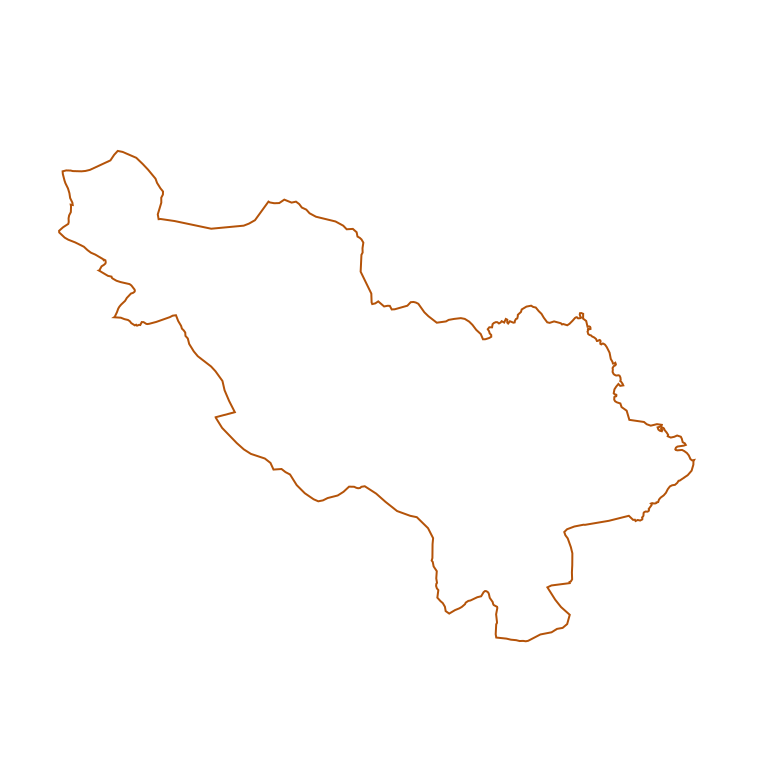 outline of Kalambo, Rukwa, United Republic of Tanzania, rotated 169°
{"feature_id": "72390352B91916326383066", "entity_name": "Kalambo", "entity_type": "district", "adm_level": 2, "iso_a3": "TZA", "parent_name": "United Republic of Tanzania", "parent_adm1": "Rukwa", "projection": "mercator", "projection_center": [31.558, -8.538], "detail": "fine", "context": "isolated", "style": "outline", "palette": "amber", "viewbox_px": 768, "rotation_deg": 169, "n_neighbors": 0, "source": "geoboundaries", "source_scale": "gbopen_adm2", "svg_char_len": 6145}
<svg xmlns="http://www.w3.org/2000/svg" viewBox="0 0 768 768"><g transform="rotate(169 384 384)"><path d="M367.9,190.2L369.8,183.2L369.9,178.7L370.8,177.8L371.4,175.8L371.1,173.3L370.0,171.3L372.4,164.1L370.0,160.1L368.1,157.7L366.7,153.7L366.8,149.3L363.8,146.2L357.4,148.5L352.9,149.4L350.2,150.3L346.5,152.4L345.5,153.8L342.6,155.0L340.5,155.0L333.1,156.9L329.1,157.1L325.9,160.7L324.3,161.5L322.9,161.0L321.5,159.5L321.1,157.8L321.0,153.9L318.9,149.2L318.9,147.5L318.5,146.1L315.5,143.7L315.5,142.5L317.9,136.5L318.5,128.8L318.7,127.9L319.7,126.7L320.3,124.3L322.1,117.1L322.2,113.7L312.4,110.7L308.2,108.8L303.1,107.3L299.9,105.8L296.5,105.3L293.9,104.4L291.5,104.4L278.3,108.3L266.9,108.3L260.9,110.6L255.2,110.5L250.0,113.4L245.7,122.0L252.8,131.3L257.1,139.6L262.4,153.2L258.1,154.3L239.7,153.1L239.7,154.2L238.3,154.5L236.6,156.4L235.5,163.2L233.8,170.1L231.4,181.9L231.7,188.2L233.1,197.4L234.8,200.9L235.3,204.3L232.0,206.5L224.3,207.8L215.0,207.8L213.6,207.4L189.4,206.8L168.8,207.9L165.4,203.1L163.6,202.9L163.2,201.5L160.9,202.1L158.6,201.1L156.3,201.8L156.0,202.9L156.1,203.8L154.9,204.6L154.4,205.4L153.8,207.8L153.1,208.5L151.6,208.9L149.6,208.4L148.4,208.9L147.8,209.9L148.0,210.8L144.5,214.0L144.1,214.9L144.7,215.7L143.5,215.9L141.9,215.2L140.3,215.0L139.3,215.2L139.1,215.8L137.4,215.8L136.1,218.1L134.1,219.7L130.7,221.3L128.0,223.4L125.5,226.6L122.9,228.9L120.5,229.6L117.6,229.5L115.0,231.0L113.3,232.8L112.3,232.7L103.2,236.6L98.6,240.2L95.7,245.8L95.0,249.1L94.1,250.2L96.1,250.2L97.5,251.8L98.4,255.7L99.8,258.4L102.0,260.8L104.0,262.4L108.7,262.9L110.2,263.6L110.5,264.3L109.6,265.8L107.9,266.6L101.5,266.3L99.4,266.6L100.0,268.3L101.9,269.9L102.1,273.4L102.7,275.6L106.1,277.5L109.1,276.8L112.7,276.7L115.5,278.6L114.8,279.9L115.8,282.4L117.3,285.2L117.6,286.8L118.2,287.6L119.3,288.2L120.6,287.1L119.6,285.7L120.3,284.6L122.3,285.6L123.4,287.0L123.7,289.2L119.8,289.5L119.1,290.9L123.7,292.5L130.1,292.2L133.8,294.4L136.0,297.1L150.0,302.0L150.9,311.5L155.2,316.0L155.7,319.8L158.8,321.5L160.4,322.9L161.0,324.7L160.4,327.2L160.1,327.5L158.4,327.7L158.0,328.6L158.0,329.1L159.6,330.0L160.3,331.0L158.8,334.8L156.6,337.1L153.9,339.3L152.5,337.1L149.4,337.0L149.8,338.8L150.9,341.2L151.5,341.8L150.8,343.2L150.7,345.4L151.2,347.2L152.0,347.8L154.5,348.0L156.0,349.1L156.8,350.2L157.3,352.2L156.6,354.6L156.6,356.0L155.1,357.7L153.3,358.2L152.6,359.1L152.9,360.7L154.0,360.2L155.4,360.4L155.5,362.1L156.6,365.3L156.6,371.7L158.3,377.7L159.5,380.4L161.0,381.8L161.7,382.0L163.1,381.4L163.9,382.0L163.9,383.1L163.2,384.7L163.4,385.6L164.1,386.1L166.0,385.5L166.8,385.6L167.3,387.8L168.8,389.6L170.7,391.0L171.5,392.2L172.9,392.9L174.0,394.1L174.2,396.7L173.6,397.3L173.4,398.9L173.1,399.3L171.8,398.5L170.8,398.6L170.6,400.0L170.8,400.8L171.8,401.5L173.3,401.5L173.5,407.3L176.1,410.2L175.1,414.9L176.8,416.0L178.1,416.1L178.6,414.8L178.4,412.9L177.8,411.5L178.6,411.2L180.3,411.3L181.1,411.5L182.0,412.8L183.1,412.7L184.0,412.3L186.7,410.2L190.4,407.7L192.9,406.7L196.7,408.7L197.9,408.5L198.8,409.9L205.1,413.0L209.7,412.4L212.0,413.4L214.5,418.6L216.0,422.8L218.2,426.0L220.4,430.1L222.9,431.2L224.6,432.8L229.4,432.8L234.6,430.9L235.8,428.6L239.4,426.4L239.8,424.8L240.7,422.9L242.1,422.6L243.4,421.1L244.0,419.5L245.3,419.5L248.4,421.6L250.6,419.7L251.3,420.8L250.7,423.6L252.0,424.6L254.3,421.4L256.5,423.2L257.8,422.1L259.6,421.5L260.9,423.0L262.4,423.4L264.6,422.9L266.0,422.0L267.1,419.0L269.8,419.6L271.7,418.0L270.8,415.8L270.6,413.5L269.4,411.7L269.7,409.9L271.9,409.1L275.9,408.6L278.3,409.0L279.5,414.6L283.1,419.5L285.9,425.2L288.5,429.0L292.3,432.5L296.0,434.0L302.6,434.5L308.3,434.6L311.2,433.6L320.5,434.1L327.5,442.1L330.7,446.7L335.0,456.2L337.2,457.9L339.4,458.9L342.2,459.2L346.1,456.4L359.2,455.3L362.2,455.7L363.4,459.6L365.6,460.1L369.1,460.1L373.9,466.2L377.2,464.8L380.3,464.7L380.6,466.4L379.2,475.2L385.5,498.7L381.5,515.1L379.9,517.1L379.2,521.4L377.3,526.7L378.5,530.2L379.9,532.1L381.9,533.8L381.9,538.2L385.0,542.2L391.1,543.0L393.8,547.2L400.6,552.8L418.9,561.2L424.5,565.8L427.0,570.0L431.0,572.9L432.9,576.8L435.6,579.8L440.1,579.7L446.7,584.0L452.3,581.6L457.3,582.4L461.4,584.0L462.6,585.1L479.4,569.4L486.0,567.2L491.5,566.2L524.0,569.4L558.4,583.9L571.8,588.6L573.8,588.8L573.7,593.7L568.0,604.5L567.1,609.4L564.9,612.1L564.2,615.1L566.1,618.7L568.4,624.7L569.1,629.1L574.7,639.4L578.8,645.9L584.0,653.3L596.3,661.7L600.9,663.6L605.1,660.5L609.9,655.7L631.8,650.3L636.4,650.1L640.4,650.5L648.9,652.4L650.8,653.3L655.2,654.3L658.9,654.1L659.2,651.4L658.8,644.7L658.4,641.8L656.9,636.3L656.4,631.3L656.6,626.4L655.3,621.5L655.4,619.1L657.3,619.8L657.3,618.2L658.6,612.5L660.9,609.6L662.0,606.9L662.6,603.1L663.4,601.4L669.1,599.1L673.7,596.4L673.9,594.7L669.5,588.6L666.4,585.9L660.1,581.9L652.4,576.0L649.5,572.0L646.6,568.8L642.7,566.1L635.8,560.0L635.6,559.2L635.1,559.5L633.9,558.6L633.9,556.7L634.5,555.4L636.2,554.4L638.8,553.4L641.2,550.5L641.3,549.9L642.2,549.8L634.3,542.8L631.0,541.4L630.8,540.0L630.0,539.1L626.9,536.4L623.1,534.3L614.7,530.6L613.2,529.0L610.8,524.2L610.8,522.9L611.5,522.0L613.1,521.3L615.1,521.1L620.0,517.6L622.3,515.0L626.9,512.1L629.0,510.4L630.5,508.7L632.4,505.5L635.5,501.3L636.2,501.0L629.7,499.3L626.4,497.2L623.1,495.7L621.5,494.1L620.5,492.0L617.4,489.1L616.0,489.5L615.3,488.4L613.1,488.8L612.0,488.4L610.0,491.0L608.2,490.6L605.9,488.4L604.9,488.0L603.1,487.9L595.7,488.4L581.5,490.5L578.4,491.4L575.1,491.2L574.0,485.1L572.1,479.8L571.8,476.9L570.4,474.9L569.3,472.5L569.7,469.1L567.9,466.1L567.6,460.5L564.5,452.3L561.5,446.8L550.4,434.2L547.0,428.7L542.0,417.8L541.7,408.3L539.3,397.0L535.8,384.8L555.6,383.5L555.6,383.1L551.3,371.8L539.8,354.1L534.1,346.6L528.0,340.8L515.2,333.6L510.5,328.2L508.8,321.1L500.8,320.1L497.5,316.3L493.5,313.1L489.0,301.4L482.6,291.9L475.1,284.3L470.9,281.4L466.1,281.4L461.1,282.8L450.7,283.4L444.3,285.9L437.9,289.9L432.9,288.8L431.0,287.4L429.3,286.6L427.3,286.5L425.8,287.4L422.4,287.3L412.6,277.9L405.0,268.0L395.4,256.8L383.4,249.6L377.2,247.0L368.3,234.1L365.2,223.3L366.9,217.5L369.7,203.9L370.9,201.6L370.1,200.0L370.1,195.4L367.9,190.2Z" fill="none" stroke="#b45309" stroke-width="2"/></g></svg>